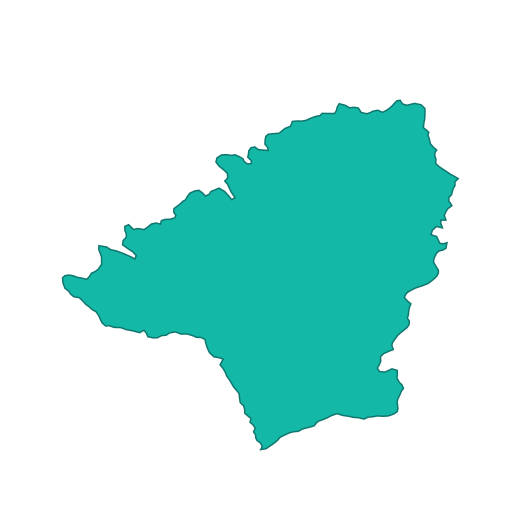 the district of Pocrane, Minas Gerais, Brazil, rotated 284°
{"feature_id": "56859067B31563261400797", "entity_name": "Pocrane", "entity_type": "district", "adm_level": 2, "iso_a3": "BRA", "parent_name": "Brazil", "parent_adm1": "Minas Gerais", "projection": "equal_earth", "projection_center": [-41.556, -19.555], "detail": "fine", "context": "isolated", "style": "filled", "palette": "teal", "viewbox_px": 512, "rotation_deg": 284, "n_neighbors": 0, "source": "geoboundaries", "source_scale": "gbopen_adm2", "svg_char_len": 4285}
<svg xmlns="http://www.w3.org/2000/svg" viewBox="0 0 512 512"><g transform="rotate(284 256 256)"><path d="M377.1,238.5L374.5,236.6L370.9,236.8L366.7,237.6L364.0,241.1L361.4,242.3L360.7,238.5L359.8,232.5L361.5,228.5L359.8,224.9L356.5,223.6L352.9,224.0L349.7,224.2L347.5,228.3L344.6,229.1L343.2,225.4L344.9,221.6L347.2,219.7L348.5,215.1L349.1,211.2L347.6,207.6L347.3,203.4L345.8,198.2L341.8,194.4L337.5,194.4L334.2,198.5L331.5,204.4L329.1,208.4L324.8,209.6L321.1,207.6L318.8,211.0L315.2,213.9L311.6,216.9L307.6,221.6L304.8,218.8L307.9,214.7L311.1,209.8L312.9,203.7L309.9,199.7L307.6,196.6L304.9,195.8L301.9,192.6L304.3,188.7L305.9,184.7L304.3,180.8L301.1,176.7L296.9,174.9L293.4,174.0L291.3,171.7L288.4,170.0L284.9,167.2L282.1,164.9L278.4,165.7L276.1,168.4L273.3,167.9L270.8,163.5L269.5,158.9L267.4,155.6L263.8,155.6L263.8,151.0L261.7,146.7L257.7,143.8L254.6,141.1L254.0,134.5L252.1,130.7L255.6,124.8L252.9,121.5L249.0,122.7L246.1,124.8L242.8,125.6L238.9,123.4L234.6,123.8L232.5,129.1L230.2,135.5L227.4,139.7L223.8,139.2L225.0,134.6L225.6,130.7L226.3,127.0L226.8,122.4L227.2,118.5L226.9,113.8L228.6,108.8L228.0,101.1L224.2,101.9L220.0,104.9L217.3,106.5L214.2,107.3L210.6,108.2L205.0,106.1L202.0,103.7L199.4,100.4L196.0,99.4L192.4,97.4L192.4,92.8L192.1,87.9L192.6,83.0L192.3,79.3L190.8,75.5L188.1,73.6L183.4,75.1L178.5,78.4L176.4,83.0L174.1,85.5L172.4,89.1L172.8,94.7L170.3,99.0L167.8,102.7L166.3,106.5L164.4,109.8L163.2,114.3L160.0,117.9L156.2,120.8L153.8,123.0L151.7,127.0L152.9,130.3L152.4,135.6L153.8,142.0L153.2,147.8L153.6,154.6L153.5,161.7L156.9,165.3L154.6,168.2L151.5,170.6L151.7,176.3L152.9,180.2L155.9,183.6L157.4,188.0L160.5,190.8L162.9,196.2L162.1,202.1L163.7,208.0L163.4,213.9L162.7,217.9L163.7,222.7L162.6,226.8L159.4,228.3L154.9,231.1L151.0,234.2L148.0,239.5L148.4,244.1L148.1,249.1L144.6,248.2L141.7,247.5L138.8,251.4L135.7,254.3L132.5,256.6L129.7,259.9L126.8,262.8L123.5,266.0L120.9,269.7L118.4,272.9L114.4,274.3L109.9,276.2L107.7,280.2L104.5,282.0L100.7,283.2L98.7,287.1L97.2,290.4L93.2,290.4L91.5,294.0L88.5,297.0L84.8,296.1L82.5,298.8L79.6,299.7L77.2,301.7L75.6,305.6L72.6,308.2L69.3,307.4L71.5,312.4L74.6,315.1L77.3,317.6L80.5,320.2L83.0,321.8L85.9,323.2L89.4,327.3L92.5,331.2L94.5,334.8L96.1,339.4L99.5,343.1L102.6,348.9L105.2,353.4L108.6,354.9L111.0,356.8L112.9,359.7L115.9,363.8L119.4,367.8L122.6,372.7L122.3,379.1L122.9,384.5L123.0,389.7L123.9,394.4L123.9,400.3L126.9,403.9L128.1,407.8L130.2,412.5L131.3,418.3L132.9,423.2L136.1,428.0L139.2,430.7L142.4,430.6L145.9,429.3L148.6,428.2L152.1,428.3L156.3,429.2L159.8,429.7L163.4,431.1L166.4,428.6L168.1,425.6L171.6,422.3L175.4,421.8L179.2,420.7L179.4,415.2L176.4,411.6L174.4,408.7L173.8,403.7L176.6,400.8L180.0,401.9L184.2,402.5L188.3,401.1L192.1,403.4L194.8,406.8L198.5,411.8L202.1,409.4L205.2,409.4L209.1,411.0L213.2,412.6L216.1,414.6L220.0,417.5L223.1,419.9L226.5,421.1L230.0,420.5L232.2,417.9L235.4,418.1L239.5,417.5L243.5,417.3L247.0,417.9L249.1,413.6L251.7,410.0L255.2,410.6L257.9,412.2L260.7,415.2L263.2,418.1L265.1,420.9L267.1,424.2L269.2,427.2L271.2,429.8L274.5,432.5L277.8,434.9L280.5,436.4L283.4,437.1L286.4,436.4L289.7,432.9L292.9,429.8L296.0,429.3L298.8,429.7L302.3,430.5L305.1,432.3L307.0,435.9L309.3,438.4L315.1,438.1L313.3,435.0L312.7,431.3L315.6,429.0L318.6,426.6L319.0,420.7L323.6,420.9L328.3,424.0L328.4,430.1L332.3,427.5L335.5,426.6L336.8,431.6L340.9,428.9L343.8,429.3L348.0,430.5L352.3,433.9L356.2,429.7L359.6,429.0L362.6,430.9L365.7,430.9L369.0,431.0L372.4,432.0L376.1,431.1L380.0,433.5L381.2,429.4L382.3,425.0L384.2,420.0L385.5,416.1L387.2,411.6L389.4,407.8L393.2,407.3L396.8,405.1L399.7,404.6L402.5,405.7L404.5,401.7L407.2,398.0L411.6,395.8L414.8,393.6L417.8,393.7L419.5,390.7L421.1,387.3L425.9,386.7L429.9,386.5L433.5,385.8L437.1,385.0L440.0,384.2L442.7,379.5L442.4,372.9L440.7,369.6L438.8,366.2L439.0,361.3L442.0,358.1L440.5,355.0L437.3,353.2L434.6,351.8L431.4,349.6L428.4,346.9L426.0,343.9L426.9,339.0L424.8,334.4L422.7,332.1L420.8,329.0L420.7,323.4L424.4,319.4L423.9,314.7L422.4,311.0L423.8,306.1L423.9,299.9L420.1,298.8L416.4,298.8L413.3,297.8L411.8,291.8L410.4,285.6L407.7,284.2L405.9,280.2L402.9,275.7L399.7,271.7L398.0,267.9L396.9,263.2L395.4,258.8L390.3,258.1L386.7,253.2L384.1,251.2L380.7,248.8L378.8,242.9L377.1,238.5Z" fill="#14b8a6" stroke="#0f766e" stroke-width="1.5"/></g></svg>